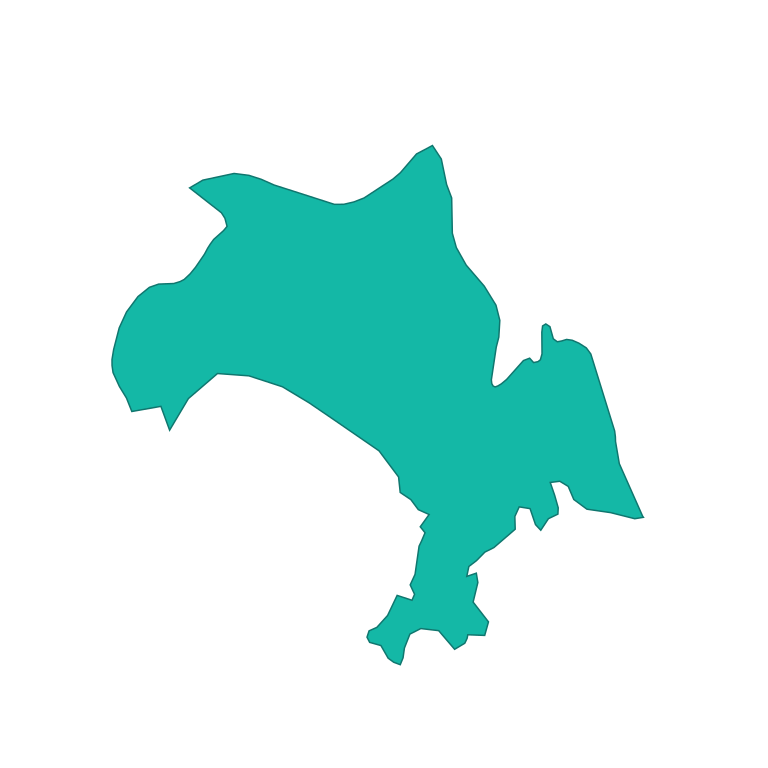 map outline of Kanagawa (Robinson projection), rotated 46°
{"feature_id": "JPN-1857", "entity_name": "Kanagawa", "entity_type": "Prefecture", "adm_level": 1, "iso_a3": "JPN", "parent_name": "Japan", "parent_adm1": "", "projection": "robinson", "projection_center": [139.409, 35.386], "detail": "fine", "context": "isolated", "style": "filled", "palette": "teal", "viewbox_px": 768, "rotation_deg": 46, "n_neighbors": 0, "source": "natural_earth", "source_scale": "10m", "svg_char_len": 1982}
<svg xmlns="http://www.w3.org/2000/svg" viewBox="0 0 768 768"><g transform="rotate(46 384 384)"><path d="M660.1,290.0L655.1,297.2L634.0,310.3L615.0,325.0L598.9,327.7L585.6,322.6L576.1,325.1L570.3,332.8L582.7,338.6L594.1,344.7L598.4,349.3L595.1,359.3L598.1,372.8L590.4,372.7L575.1,365.5L566.3,372.1L570.2,381.9L579.6,390.5L578.0,418.6L575.0,428.2L575.3,440.3L574.2,449.7L579.9,458.1L584.2,449.0L592.0,454.4L602.8,471.4L627.7,474.1L634.8,486.2L622.6,497.9L624.7,500.9L625.7,503.5L626.6,506.0L623.9,517.5L599.4,516.0L585.5,527.4L581.9,539.1L588.1,552.7L594.2,560.5L597.2,567.3L590.9,570.3L584.2,571.5L570.0,567.9L559.9,573.8L554.3,572.1L551.2,566.2L554.1,558.2L553.0,542.2L545.2,521.4L559.0,514.1L556.5,508.1L546.7,504.7L542.5,493.9L525.0,471.4L523.0,466.0L519.5,457.8L511.9,457.1L509.2,442.2L498.2,446.6L485.8,445.0L473.3,447.7L461.0,438.1L428.6,434.0L375.7,444.7L345.7,450.9L315.4,459.0L284.3,475.5L260.8,496.5L258.6,534.8L268.3,570.3L245.1,560.0L228.6,584.5L215.2,579.0L202.1,576.1L187.6,571.0L181.8,566.8L177.4,562.6L171.3,554.4L159.7,535.5L153.3,519.1L150.2,500.2L151.5,485.6L155.6,476.7L165.7,465.4L168.7,459.5L170.0,455.1L170.1,447.0L169.1,438.4L165.9,422.9L163.8,416.4L162.7,411.8L161.7,406.1L162.2,392.9L161.6,387.4L154.3,383.3L147.9,382.0L107.9,387.6L111.5,372.7L128.4,345.6L140.1,336.2L151.5,330.1L164.4,324.9L220.3,294.9L226.8,288.1L232.0,279.4L236.3,269.2L242.8,235.2L243.4,225.5L241.1,200.8L246.1,183.5L262.0,186.5L284.0,200.4L297.2,206.1L323.0,230.1L336.1,237.2L355.6,242.3L383.2,243.9L405.1,248.7L418.7,256.5L430.0,268.8L435.5,277.7L455.6,303.9L458.6,306.2L461.3,306.9L463.3,306.1L464.5,303.4L465.4,299.5L465.9,292.6L464.0,267.4L466.6,261.3L472.5,261.5L474.9,257.7L475.2,254.7L472.1,249.4L456.4,234.5L452.4,229.6L453.2,225.9L458.0,224.8L469.1,230.8L474.0,230.0L476.4,226.4L478.8,221.7L483.3,218.2L490.1,215.4L498.6,213.4L506.1,214.4L578.0,250.7L582.8,254.3L586.2,257.4L604.8,270.1L658.8,289.8L660.1,290.0Z" fill="#14b8a6" stroke="#0f766e" stroke-width="1.5"/></g></svg>